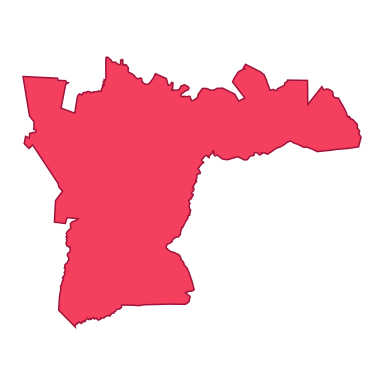 outline of Tierra Nueva, San Luis Potosí, Mexico
{"feature_id": "50627088B99864279855032", "entity_name": "Tierra Nueva", "entity_type": "district", "adm_level": 2, "iso_a3": "MEX", "parent_name": "Mexico", "parent_adm1": "San Luis Potosí", "projection": "natural_earth1", "projection_center": [-100.486, 21.645], "detail": "fine", "context": "isolated", "style": "filled", "palette": "rose", "viewbox_px": 384, "rotation_deg": 0, "n_neighbors": 0, "source": "geoboundaries", "source_scale": "gbopen_adm2", "svg_char_len": 5838}
<svg xmlns="http://www.w3.org/2000/svg" viewBox="0 0 384 384"><path d="M358.6,146.8L361.0,137.3L359.9,135.3L359.0,134.3L359.1,133.6L358.7,133.2L359.6,131.7L359.4,130.7L358.4,129.3L357.0,128.1L357.5,126.5L357.0,123.9L356.3,123.4L355.4,122.1L354.6,121.6L353.6,120.3L352.3,119.3L351.6,118.9L350.6,119.2L350.2,118.3L350.2,117.7L349.4,117.2L349.3,116.5L348.1,116.4L347.7,116.8L346.2,112.5L344.5,108.8L338.4,98.1L335.3,97.7L333.6,96.7L333.1,95.3L332.8,92.4L332.2,91.5L330.7,90.3L328.6,89.3L327.5,89.1L325.8,89.1L324.8,89.8L323.6,89.8L321.9,86.7L307.8,104.5L307.5,80.4L287.5,80.1L287.0,81.5L284.8,83.0L284.3,85.4L277.5,88.7L276.9,90.3L275.1,90.6L273.6,89.4L270.0,90.3L268.2,85.1L267.8,84.8L267.9,84.5L267.5,84.0L266.7,80.7L264.1,74.8L260.5,71.9L245.5,64.3L243.3,68.0L244.7,68.9L244.4,69.1L243.5,68.9L241.9,70.1L239.6,71.1L237.9,72.4L234.1,78.5L232.5,81.9L244.8,97.9L238.7,101.1L234.7,94.1L222.5,88.1L216.8,88.4L214.6,89.9L211.3,90.3L206.3,88.4L202.4,88.4L198.4,94.0L197.2,97.9L192.3,100.9L191.5,100.5L189.9,96.4L189.1,96.2L187.3,96.7L184.0,96.3L183.3,96.7L182.6,96.4L181.4,96.6L181.0,95.5L181.1,94.5L181.7,93.5L183.5,92.6L184.9,91.3L186.4,90.5L187.9,90.0L188.7,89.0L189.0,88.0L188.2,86.8L184.5,84.7L181.0,86.1L179.5,89.1L178.1,89.9L177.3,90.2L174.2,90.0L173.1,90.4L171.6,90.3L172.8,88.1L172.6,86.3L173.0,85.0L172.8,82.6L171.6,82.4L170.2,85.1L168.3,85.3L166.3,78.5L155.4,73.7L153.1,78.5L148.5,84.4L145.0,84.0L143.6,83.2L142.3,81.8L141.9,80.9L141.8,78.9L141.3,78.2L140.1,78.1L137.8,78.8L135.6,77.4L134.8,76.6L134.7,76.0L132.1,73.8L129.1,72.5L128.3,71.8L128.1,70.5L128.4,68.0L126.4,65.0L125.1,64.5L124.5,65.2L123.4,65.5L123.1,63.9L122.4,62.6L122.9,61.4L122.9,60.1L122.6,59.7L121.6,59.5L120.6,60.3L120.6,64.5L119.2,64.6L117.3,63.9L115.7,62.3L113.7,62.3L111.9,61.7L110.9,60.0L108.5,57.8L107.1,57.1L106.1,57.3L105.8,60.5L105.9,78.5L105.3,80.4L104.3,79.7L104.4,80.5L104.1,80.7L104.4,80.9L104.0,82.2L103.3,82.1L104.4,84.7L104.2,85.2L103.1,84.6L102.9,85.1L102.9,86.2L102.6,85.8L102.5,87.0L101.2,90.1L101.5,91.3L101.1,91.5L100.6,91.2L99.7,91.4L98.2,90.9L97.2,91.7L95.7,92.0L94.1,91.7L92.1,92.5L91.9,92.8L91.3,92.8L90.5,92.1L88.0,91.4L86.7,91.9L86.5,92.5L84.7,92.3L82.9,92.9L82.1,94.9L79.3,93.9L77.5,96.3L74.7,113.2L61.1,108.1L65.6,84.5L68.3,82.8L66.3,82.2L65.6,80.7L57.9,80.3L57.6,78.2L23.0,76.5L29.5,116.0L34.1,121.9L33.8,129.3L36.2,130.3L36.1,131.9L29.6,133.4L29.3,138.0L25.6,136.3L24.2,143.6L29.0,148.4L32.8,145.1L58.3,183.8L58.4,185.4L59.2,187.6L62.6,191.1L55.5,200.6L54.4,222.1L65.3,223.5L67.1,217.6L78.1,218.7L76.8,220.0L72.4,221.8L70.7,223.2L70.4,223.7L70.5,226.3L71.1,227.9L70.9,228.4L69.0,229.7L66.9,232.2L66.3,233.5L67.0,235.4L67.0,236.0L66.1,236.6L66.0,237.1L66.8,237.8L66.9,238.2L66.5,239.2L66.8,241.5L66.1,242.5L66.3,244.5L66.8,245.8L69.2,247.1L69.8,246.8L70.2,247.2L70.0,249.3L70.3,250.8L70.0,251.8L68.5,252.7L67.7,253.7L67.3,255.6L68.2,256.9L69.0,259.0L68.8,259.9L67.6,261.5L67.1,263.0L65.7,263.9L65.0,264.7L64.4,268.5L65.4,269.0L65.6,269.7L64.2,272.5L64.9,273.5L63.4,277.3L62.6,277.3L62.5,277.9L63.2,278.1L63.3,279.2L62.7,280.9L62.2,281.5L61.6,284.9L60.7,285.6L60.8,289.8L60.4,291.0L59.4,298.0L58.7,310.2L75.2,326.9L75.0,325.9L75.4,324.7L76.6,324.3L77.3,323.6L77.4,322.7L78.8,322.8L79.4,322.0L80.8,323.2L81.7,323.4L82.1,322.1L83.1,321.2L84.0,321.0L84.1,321.8L85.3,321.2L85.8,320.1L87.6,318.3L88.8,319.6L90.1,318.6L90.5,319.3L91.0,319.5L92.8,317.7L93.5,317.6L94.3,319.0L96.2,318.3L98.2,320.1L100.5,319.3L101.2,317.7L101.7,318.1L104.1,317.9L106.0,316.1L109.0,315.4L109.8,316.1L111.9,313.2L113.9,313.1L114.2,312.0L115.5,311.2L116.9,309.1L118.7,309.2L120.3,308.6L121.6,307.0L121.4,306.2L121.7,305.0L133.9,305.2L136.8,305.6L140.3,305.5L143.1,304.8L169.3,304.1L184.4,304.3L186.0,304.0L189.0,301.7L190.1,296.8L188.9,295.2L188.1,295.1L185.5,292.6L186.0,292.1L187.3,292.1L189.4,291.1L191.7,291.2L194.2,289.7L191.8,280.7L189.3,273.3L187.2,268.4L183.8,264.3L183.9,263.2L182.8,261.3L180.8,259.4L180.8,257.8L180.2,256.3L179.4,255.3L177.6,254.0L175.9,253.5L175.2,252.8L171.9,251.8L170.7,251.7L169.6,250.7L168.2,250.1L167.5,248.8L166.4,248.2L166.2,247.8L166.3,246.9L166.5,245.7L167.3,244.3L168.0,243.8L168.8,243.8L172.0,241.8L172.5,240.1L173.7,238.6L176.1,237.1L178.5,236.9L180.3,234.6L180.7,231.8L180.5,231.1L181.0,230.6L181.7,228.4L181.7,227.6L182.5,227.7L183.8,225.4L183.7,224.8L184.4,224.0L185.6,221.4L186.4,220.7L187.0,219.3L187.6,218.9L187.9,218.0L187.8,216.1L189.6,215.4L189.9,213.8L189.5,213.4L189.6,212.5L189.9,212.6L190.7,210.3L190.4,209.6L189.7,209.0L189.4,207.8L189.1,204.9L190.1,203.4L189.3,202.5L188.5,200.5L189.7,200.0L189.9,198.9L191.4,198.8L191.7,198.2L191.5,197.3L193.2,195.3L193.1,194.2L192.0,194.0L191.5,193.4L192.2,191.6L193.6,190.7L194.0,188.7L193.7,188.0L192.8,188.0L192.6,187.6L192.7,186.8L193.7,185.9L194.7,183.6L196.2,182.0L196.6,181.2L196.5,180.9L195.8,180.7L195.7,180.3L196.9,178.1L196.8,175.3L197.1,174.5L198.0,174.4L198.7,173.5L199.9,173.6L200.3,173.2L200.3,172.6L199.1,170.0L197.9,168.6L198.6,167.8L199.3,167.4L199.6,166.1L200.3,165.7L201.7,163.8L203.6,162.7L203.3,161.9L201.8,161.2L201.6,159.5L203.2,158.3L203.4,157.5L205.7,155.6L206.8,155.3L207.4,156.4L209.0,157.7L209.3,156.9L209.1,155.9L210.3,155.0L210.8,154.1L212.3,153.2L212.8,151.2L213.4,150.9L213.7,153.0L214.1,153.3L213.8,153.6L214.3,155.4L214.6,155.7L215.2,155.9L216.6,155.3L217.4,155.3L218.4,155.8L221.9,158.7L224.0,159.4L227.7,159.7L237.0,156.9L238.3,157.0L241.8,158.6L243.9,159.9L246.6,159.8L247.4,159.6L250.2,156.0L253.3,155.6L253.9,155.2L254.8,152.5L256.9,152.6L257.9,153.3L259.1,154.8L260.9,154.7L261.3,152.8L262.2,153.3L263.9,152.9L265.3,153.2L266.7,154.0L267.9,154.1L274.3,149.6L277.2,147.9L280.2,147.0L284.1,144.7L287.1,142.4L290.1,141.1L291.4,141.3L293.8,143.0L298.1,144.4L302.6,146.8L304.1,147.3L305.8,147.1L308.2,147.6L311.9,149.0L317.2,151.6L330.1,150.3L336.6,149.4L348.4,148.4L358.6,146.8Z" fill="#f43f5e" stroke="#9f1239" stroke-width="1.5"/></svg>